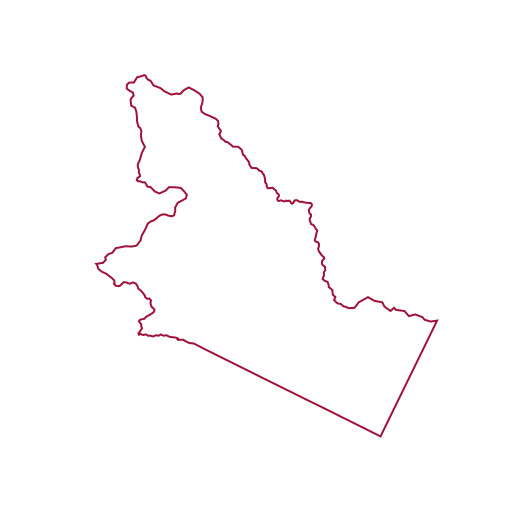 Trinity, California, United States of America, rotated 296°
{"feature_id": "52423323B42866910888908", "entity_name": "Trinity", "entity_type": "district", "adm_level": 2, "iso_a3": "USA", "parent_name": "United States of America", "parent_adm1": "California", "projection": "orthographic", "projection_center": [-122.97, 40.671], "detail": "fine", "context": "isolated", "style": "outline", "palette": "rose", "viewbox_px": 512, "rotation_deg": 296, "n_neighbors": 0, "source": "geoboundaries", "source_scale": "gbopen_adm2", "svg_char_len": 4591}
<svg xmlns="http://www.w3.org/2000/svg" viewBox="0 0 512 512"><g transform="rotate(296 256 256)"><path d="M249.7,362.1L249.8,361.7L249.7,360.8L249.6,359.5L249.7,358.9L249.6,358.6L249.6,358.3L249.3,357.8L249.1,356.8L250.0,353.4L249.3,350.5L249.4,348.7L250.1,347.2L250.5,345.5L252.2,345.4L253.0,345.6L254.1,345.1L254.1,344.3L254.9,342.1L256.6,340.9L258.7,339.7L259.6,337.2L259.8,335.2L262.3,333.6L264.0,331.7L263.9,328.2L264.6,325.9L266.4,325.7L268.1,325.7L271.1,324.1L273.7,324.4L276.5,322.7L276.9,320.4L277.9,318.6L280.4,317.6L282.7,318.1L283.5,318.5L284.3,317.9L284.7,317.4L285.6,314.3L286.6,313.0L286.6,312.4L286.8,311.9L287.3,311.6L287.7,310.6L289.6,308.7L292.3,308.3L294.5,307.3L295.5,305.6L295.1,303.9L295.6,302.1L296.8,301.6L298.3,301.5L299.6,301.2L302.6,300.4L305.7,299.9L306.7,297.8L309.0,294.2L308.9,291.4L310.7,289.7L312.1,288.2L313.5,287.9L315.1,288.1L317.3,287.4L317.8,285.4L320.3,283.3L322.5,283.5L325.3,284.2L326.9,283.6L327.6,281.9L327.0,280.6L326.2,278.4L325.8,277.7L325.6,276.6L325.1,274.9L324.9,273.2L323.9,272.2L323.9,269.8L324.1,268.2L322.9,266.4L321.0,266.2L319.9,266.2L318.7,265.2L319.1,264.3L319.9,263.1L320.3,261.6L319.8,260.9L319.0,259.8L319.1,259.3L318.8,258.5L318.4,258.2L317.5,257.7L317.4,256.8L317.2,256.2L317.1,255.7L317.1,255.2L317.0,254.0L315.8,252.8L315.3,252.0L315.9,250.5L316.6,250.0L317.6,249.8L318.5,250.3L320.0,250.3L321.1,249.7L321.5,248.5L322.1,246.6L323.6,245.3L324.1,242.7L324.7,241.5L324.1,240.2L322.9,238.5L322.1,236.8L323.3,235.1L324.5,234.6L325.8,233.2L325.8,232.6L326.5,231.7L327.8,231.3L328.6,230.5L329.5,230.1L330.8,229.1L332.8,227.0L332.7,226.4L333.2,225.6L334.3,224.6L334.3,223.1L334.2,221.1L335.0,219.4L335.1,217.8L334.1,215.6L333.2,213.3L334.0,212.1L335.1,210.1L337.3,208.6L338.7,205.8L339.6,203.8L340.7,202.7L341.3,201.0L341.3,200.0L342.7,198.7L344.4,197.5L345.1,196.6L345.5,195.8L345.8,194.4L346.4,192.2L345.7,190.5L344.1,187.1L345.1,184.7L345.3,182.5L345.9,181.5L345.6,179.6L345.3,178.6L346.0,176.4L346.4,174.5L346.4,173.3L346.8,172.9L347.7,171.6L348.8,170.3L349.3,169.6L349.9,169.9L353.0,169.7L354.3,167.3L355.9,164.7L358.2,164.3L360.7,162.8L361.7,159.7L361.6,153.5L361.2,147.7L361.9,143.8L365.0,141.4L370.5,140.6L375.2,138.6L377.2,133.8L377.9,127.5L378.0,121.6L373.5,118.5L368.7,117.0L367.5,115.1L367.6,114.0L363.9,109.0L363.9,101.4L365.0,96.6L364.4,89.1L367.3,84.3L367.1,82.1L368.0,79.5L369.4,78.3L369.6,76.1L368.0,74.9L364.6,70.8L358.4,70.2L356.2,65.9L353.3,64.9L349.8,66.4L349.1,70.0L348.9,73.7L346.5,75.8L344.1,75.0L341.3,74.8L336.4,78.0L336.3,82.2L333.1,85.3L328.5,88.2L325.5,89.6L320.8,93.5L320.2,96.0L317.8,98.4L315.0,99.1L309.5,102.7L305.4,108.3L298.7,108.2L291.2,109.5L287.9,109.5L285.9,109.8L283.5,111.4L281.9,113.2L279.5,114.1L278.5,115.6L277.1,116.8L275.6,116.2L274.3,115.3L272.7,115.4L271.8,115.7L271.5,117.3L272.3,118.9L272.5,121.7L273.5,124.1L271.9,126.4L270.8,128.0L271.7,131.1L269.6,137.0L269.9,141.8L275.3,146.2L279.7,147.6L282.3,153.2L284.2,158.5L282.5,163.3L280.8,166.9L277.1,167.7L274.1,165.7L269.4,162.3L263.9,162.1L261.3,163.6L257.7,164.3L256.8,164.5L255.0,163.3L254.4,161.3L253.7,159.0L253.8,157.3L253.0,154.7L251.5,152.8L249.0,151.1L245.5,149.7L242.9,148.3L241.1,146.3L237.6,144.5L230.9,144.8L224.6,144.3L219.2,145.4L213.1,144.2L210.1,140.3L207.4,134.2L204.5,130.5L201.7,126.6L195.8,125.4L193.2,122.7L188.8,121.0L186.7,122.7L182.8,121.5L180.1,117.6L178.9,115.9L178.6,116.8L175.3,120.0L174.3,124.2L174.4,129.3L173.0,136.1L171.9,139.3L169.6,140.8L168.7,140.5L167.8,143.2L169.1,146.5L174.5,148.6L175.5,151.3L175.4,153.2L175.7,154.1L176.1,155.1L178.4,157.1L178.5,160.2L177.0,162.7L175.0,164.5L174.5,167.5L173.0,171.0L171.6,173.5L170.4,174.6L169.8,176.7L171.0,178.7L170.0,181.1L167.7,181.7L166.5,182.5L164.5,184.5L163.6,187.9L162.4,188.7L160.1,188.5L155.4,185.5L152.8,183.7L150.8,183.3L148.0,179.8L146.1,179.3L145.1,181.1L144.4,182.7L141.9,184.2L141.1,185.2L136.6,184.7L135.0,184.2L134.0,185.4L135.3,186.2L135.5,189.2L137.2,191.3L137.1,194.4L138.1,195.7L138.3,198.2L138.9,198.9L141.2,201.3L141.7,203.5L143.7,204.7L143.8,207.8L145.5,210.3L145.5,214.1L146.8,217.6L147.5,219.6L147.7,221.8L146.7,221.8L146.5,223.0L147.1,223.7L148.8,227.4L148.6,229.8L148.5,232.3L148.5,234.2L149.5,236.8L150.1,238.6L149.8,249.6L149.7,265.6L149.6,277.9L149.5,293.2L149.3,314.9L149.2,337.5L149.0,366.4L149.0,386.5L148.8,403.9L148.7,419.7L148.6,431.3L148.5,440.2L148.4,447.0L277.3,447.1L273.6,441.6L272.6,435.6L274.0,432.3L273.3,424.7L269.0,419.8L271.6,413.6L268.9,405.3L270.0,402.8L265.6,401.0L266.8,393.7L269.7,389.8L267.6,382.0L268.1,374.7L259.5,368.7L252.6,367.3L249.7,362.1Z" fill="none" stroke="#9f1239" stroke-width="2"/></g></svg>